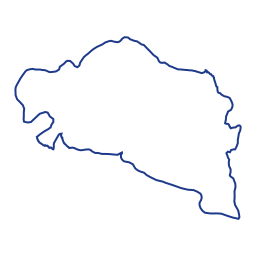 the district of Quthing, Quthing, Lesotho
{"feature_id": "5366337B136764020744", "entity_name": "Quthing", "entity_type": "district", "adm_level": 2, "iso_a3": "LSO", "parent_name": "Lesotho", "parent_adm1": "Quthing", "projection": "orthographic", "projection_center": [27.658, -30.405], "detail": "fine", "context": "isolated", "style": "outline", "palette": "blue", "viewbox_px": 256, "rotation_deg": 0, "n_neighbors": 0, "source": "geoboundaries", "source_scale": "gbopen_adm2", "svg_char_len": 5461}
<svg xmlns="http://www.w3.org/2000/svg" viewBox="0 0 256 256"><path d="M239.4,217.3L239.0,214.1L238.2,210.5L236.8,208.0L235.1,205.0L234.3,201.1L234.6,198.1L234.6,194.6L234.5,191.2L235.5,187.2L235.3,183.8L233.3,178.4L230.9,176.7L229.8,175.6L230.6,171.9L230.6,169.2L229.4,166.8L228.9,165.0L228.8,161.9L229.2,159.6L228.0,157.7L227.3,155.4L226.4,153.2L227.8,151.7L230.0,152.2L231.1,150.0L233.3,149.4L235.1,149.4L236.5,146.7L237.8,143.2L237.8,140.0L238.4,136.6L238.9,133.4L240.2,130.5L240.3,130.0L240.4,129.1L240.6,127.8L240.6,127.0L240.6,126.5L240.1,125.9L239.5,125.5L238.8,125.4L238.3,125.4L238.2,125.5L237.6,126.0L236.6,126.4L236.0,127.0L235.5,127.4L235.0,127.4L234.2,127.5L233.4,127.5L232.5,127.8L231.7,128.0L230.8,128.3L230.6,128.1L230.2,127.5L230.0,126.7L229.6,126.5L229.1,125.2L228.8,124.6L228.3,124.1L227.8,123.9L227.2,123.9L226.4,123.9L225.5,123.4L225.1,123.2L225.9,119.5L226.1,116.5L227.2,113.9L228.0,111.6L230.9,109.9L231.7,108.5L232.5,106.5L232.5,104.1L231.5,101.4L230.3,99.1L229.6,97.9L227.0,96.8L224.4,96.3L222.3,95.1L220.9,94.1L220.5,93.5L220.0,93.1L219.5,93.0L219.2,92.9L218.5,92.8L218.1,92.2L217.7,91.6L217.6,91.0L217.6,90.5L217.4,89.9L217.4,89.1L217.4,88.0L217.3,87.0L216.4,86.5L216.1,85.6L215.7,84.2L215.3,82.8L215.0,81.6L214.5,80.6L214.3,79.7L214.1,78.9L214.0,78.5L213.9,78.1L214.0,77.7L213.6,77.4L213.4,76.7L213.4,76.3L213.0,75.9L212.8,75.8L212.4,75.8L212.2,75.7L211.9,75.5L211.6,75.2L211.5,74.9L211.3,74.6L211.1,74.3L211.0,74.2L210.5,74.1L210.2,74.1L209.9,73.9L209.7,73.6L209.4,73.3L209.1,72.8L208.7,72.6L208.4,72.3L208.1,72.1L207.7,72.1L207.5,72.3L207.0,72.3L206.9,71.9L206.9,71.6L206.9,71.2L206.7,70.7L206.3,70.4L205.6,70.2L205.4,71.0L205.2,71.5L203.8,72.5L201.7,73.1L198.8,72.2L198.3,72.1L195.5,71.2L194.8,71.0L191.0,70.3L190.3,70.3L189.2,70.3L187.2,70.0L186.2,70.0L183.1,69.7L182.4,69.6L177.8,69.3L174.2,67.8L173.0,67.3L172.8,67.2L172.1,66.9L169.8,66.1L169.5,66.0L169.3,65.9L169.0,65.7L167.6,64.4L165.7,63.3L165.5,63.2L164.8,62.6L164.1,62.7L163.3,62.6L162.9,62.9L162.4,62.8L160.4,62.6L159.0,61.3L158.7,60.7L157.4,57.8L153.6,55.1L149.6,50.9L143.8,45.0L141.2,44.3L139.4,42.9L136.9,41.3L135.0,41.0L133.3,40.5L130.6,39.4L130.0,39.2L128.1,37.5L127.8,37.5L124.5,37.2L122.2,38.7L121.0,40.2L120.5,40.8L119.9,41.2L118.9,41.9L117.2,42.2L115.3,41.9L110.7,40.8L108.6,41.3L108.3,41.4L105.4,42.4L102.2,44.5L96.9,46.9L93.9,48.8L93.7,48.9L92.4,49.9L92.0,50.2L89.8,52.1L87.7,54.0L85.9,55.3L83.8,57.2L82.1,59.7L80.2,62.6L79.4,65.5L77.9,66.8L77.5,67.2L74.7,66.1L73.1,63.6L70.2,61.0L67.5,60.8L67.4,60.9L66.2,61.4L63.9,63.8L59.8,66.8L59.5,68.1L58.9,69.7L56.0,71.4L52.9,71.9L49.5,72.1L45.7,70.4L44.2,70.1L42.4,70.0L39.8,69.5L37.7,69.5L35.7,69.5L35.3,69.5L33.7,69.1L32.6,68.9L29.9,69.3L29.5,69.3L26.6,70.3L25.2,71.7L22.5,75.4L20.2,78.8L18.5,82.0L17.7,83.3L16.6,85.3L15.7,87.4L15.4,90.0L15.6,93.7L15.6,95.2L16.1,96.5L17.1,99.2L20.0,102.1L20.9,103.1L22.4,104.7L22.8,105.1L23.8,107.7L24.2,108.8L23.8,112.4L23.8,116.6L23.6,119.3L23.8,120.3L24.0,121.6L26.2,122.2L28.0,122.5L31.0,122.0L33.6,119.5L37.0,116.3L39.7,113.8L45.3,112.0L47.7,112.6L49.9,116.5L52.9,118.7L53.3,119.0L53.3,122.0L51.4,124.9L50.6,127.4L48.3,129.1L44.3,131.4L40.2,134.2L36.8,137.0L37.3,138.3L37.2,138.7L37.4,139.0L37.5,139.4L37.7,139.8L38.0,140.0L38.2,140.5L38.2,141.0L38.3,141.2L38.7,141.3L38.9,141.7L39.2,142.2L39.5,142.6L39.9,142.7L40.2,143.0L40.6,143.3L40.9,143.5L41.2,143.5L41.5,143.8L42.0,144.1L42.3,144.4L42.7,144.8L43.1,145.0L43.6,145.3L43.9,145.3L44.1,145.5L44.3,145.7L44.5,145.8L44.7,145.7L45.0,145.5L45.1,145.3L45.2,145.2L45.4,145.3L45.6,145.6L45.9,145.8L46.3,145.9L46.6,145.8L46.9,145.7L47.2,145.6L47.4,145.7L47.5,145.9L47.7,146.1L48.0,146.3L48.3,146.4L48.5,146.7L48.6,146.9L48.6,147.2L48.7,147.4L48.9,147.5L49.1,147.7L49.4,147.9L49.7,147.9L49.9,147.8L50.2,147.5L50.4,147.5L50.7,147.5L51.2,147.6L51.4,147.8L51.8,148.1L52.0,148.4L52.2,148.6L52.5,149.0L52.8,149.1L53.1,149.3L53.4,149.3L53.6,148.7L53.7,147.9L53.8,146.9L53.8,146.1L53.8,145.4L53.8,144.4L53.8,144.0L54.0,143.5L54.1,143.0L54.4,142.3L54.8,141.6L55.4,140.6L55.9,139.7L56.3,138.9L56.9,138.0L57.4,137.1L58.0,136.0L58.5,135.1L59.1,134.5L59.6,134.0L60.3,133.8L61.0,133.8L61.5,133.7L61.4,134.1L61.3,134.3L60.9,134.6L61.0,134.9L61.1,135.0L61.1,135.3L61.2,135.5L61.1,135.9L61.3,136.4L61.4,136.9L61.9,137.2L62.1,137.4L62.0,137.8L62.3,138.0L62.2,138.4L62.4,138.8L62.6,139.1L62.6,139.7L62.9,140.3L63.1,140.9L63.4,141.7L63.6,142.3L63.8,142.8L64.0,143.0L64.4,143.1L64.5,143.4L64.4,143.6L64.6,143.8L65.0,144.1L65.4,144.4L65.9,144.8L66.2,145.2L66.4,145.5L66.9,145.9L67.3,146.3L67.7,146.7L68.0,146.8L68.4,146.9L68.6,147.3L68.9,147.8L69.2,148.0L70.2,147.9L71.1,147.9L71.9,147.6L73.0,147.7L74.4,148.2L75.3,148.4L76.2,149.0L77.3,149.4L78.2,149.7L79.3,150.0L80.5,150.2L81.6,150.2L83.1,150.0L86.2,149.5L88.7,149.4L89.6,149.6L91.3,150.5L91.6,151.1L95.0,152.9L98.2,153.0L101.9,153.9L108.3,154.0L113.8,154.5L116.2,154.7L117.8,154.8L118.7,154.1L120.9,153.0L121.9,152.5L122.0,153.3L121.6,153.9L120.7,154.5L120.9,155.1L121.0,156.5L121.0,157.3L121.4,158.4L122.2,159.7L123.8,161.2L126.6,161.9L128.9,162.2L132.8,164.2L135.4,168.6L138.2,170.6L141.0,171.8L143.9,172.6L146.7,175.1L150.3,177.1L156.4,180.1L163.0,181.7L165.3,182.7L172.1,184.9L177.8,186.9L181.1,188.1L187.9,189.7L193.6,190.1L197.1,191.6L200.4,193.6L201.4,195.4L201.7,197.5L201.2,199.8L200.2,201.6L199.5,203.0L199.6,205.4L200.5,208.0L202.4,210.7L204.9,212.7L210.6,213.5L217.1,213.4L221.4,213.7L226.7,215.6L232.5,217.5L238.5,218.8L239.4,217.3Z" fill="none" stroke="#1e3a8a" stroke-width="2"/></svg>